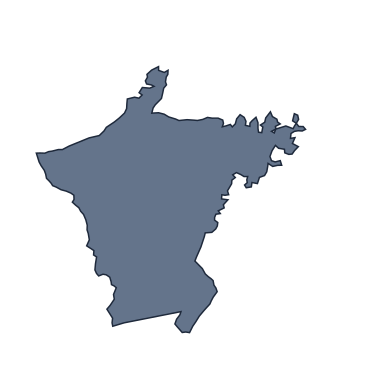 Vitorino, Paraná, Brazil (Equal Earth projection), rotated 67°
{"feature_id": "56859067B75981807507480", "entity_name": "Vitorino", "entity_type": "district", "adm_level": 2, "iso_a3": "BRA", "parent_name": "Brazil", "parent_adm1": "Paraná", "projection": "equal_earth", "projection_center": [-52.818, -26.255], "detail": "fine", "context": "isolated", "style": "filled", "palette": "slate", "viewbox_px": 384, "rotation_deg": 67, "n_neighbors": 0, "source": "geoboundaries", "source_scale": "gbopen_adm2", "svg_char_len": 2994}
<svg xmlns="http://www.w3.org/2000/svg" viewBox="0 0 384 384"><g transform="rotate(67 192 192)"><path d="M175.2,64.1L173.4,68.1L169.5,69.1L171.2,71.8L173.2,74.2L167.9,79.8L166.8,90.3L164.2,89.6L163.8,84.2L161.0,85.9L158.2,85.4L154.0,88.5L148.8,88.5L152.6,95.2L156.2,97.8L157.1,102.9L159.8,101.4L164.6,104.6L163.0,107.4L159.2,106.4L154.0,104.2L148.2,103.9L149.8,108.7L151.2,111.7L154.2,113.1L151.5,116.8L148.0,114.7L143.7,114.8L139.6,117.5L142.1,122.3L146.2,125.5L147.8,129.5L144.8,130.3L144.4,135.2L143.8,138.6L141.1,136.2L137.8,135.6L134.2,139.1L131.9,144.6L129.4,148.6L129.4,153.7L128.3,159.0L126.7,162.0L123.5,168.3L121.1,176.1L118.4,178.6L113.8,184.1L109.5,187.2L106.0,191.8L103.7,198.2L99.5,195.0L97.4,191.8L94.0,183.6L89.2,180.1L85.4,177.5L83.4,173.6L80.3,173.4L76.1,170.8L74.3,168.3L70.6,166.5L71.1,170.8L67.0,175.2L63.5,173.8L64.0,181.5L66.1,187.5L68.9,188.1L71.5,191.5L74.8,191.6L77.6,187.5L79.9,185.7L79.9,190.3L76.4,196.9L79.9,201.9L83.2,200.0L84.9,204.2L82.3,207.8L81.1,215.2L85.2,217.4L89.7,219.6L93.0,223.3L95.4,229.8L97.2,236.1L99.0,245.6L101.4,249.1L103.8,255.3L102.0,265.5L101.7,287.1L102.3,294.7L100.7,298.5L99.7,304.8L98.8,308.2L98.8,312.2L96.8,316.5L95.4,320.1L104.6,321.0L108.9,320.6L114.3,319.5L118.4,319.7L122.6,320.6L125.7,319.3L129.0,318.2L131.7,317.8L134.4,315.1L138.7,311.7L142.0,307.5L145.6,304.0L148.8,302.0L152.8,303.5L154.6,306.1L158.8,304.2L162.3,302.3L166.2,302.0L170.3,300.6L176.1,300.6L181.6,301.4L185.9,303.4L189.6,303.7L195.9,305.2L200.4,310.0L207.6,305.2L211.5,307.2L214.5,305.2L220.2,308.8L225.8,311.8L229.7,311.7L232.8,310.7L232.9,306.1L234.7,303.3L238.3,301.0L243.0,301.5L245.8,302.3L248.0,300.4L250.5,299.1L255.7,304.3L260.3,305.4L264.4,311.7L266.6,316.1L277.1,314.4L281.2,316.7L284.6,317.4L285.9,305.6L297.8,248.9L300.3,251.1L303.1,255.9L306.8,259.3L310.5,258.2L317.5,255.9L318.4,252.5L320.5,249.2L315.8,243.7L313.0,239.3L309.1,233.8L305.8,227.3L304.1,223.7L302.1,219.3L299.8,216.9L297.1,213.6L293.6,207.8L289.7,207.5L286.3,208.2L281.8,207.2L279.1,208.4L276.3,210.1L272.6,211.8L266.6,212.4L256.7,216.3L253.6,213.3L246.1,205.3L237.9,198.1L234.8,195.8L236.9,189.5L235.3,184.6L233.2,182.0L230.2,180.2L226.7,182.2L224.2,181.1L221.8,178.7L222.9,174.4L219.6,175.2L219.2,168.6L216.0,168.1L213.2,162.0L209.9,167.5L206.2,165.6L207.9,162.9L208.8,159.3L204.8,158.9L199.9,152.3L196.7,150.7L195.6,146.5L192.1,147.8L191.5,143.5L195.2,140.1L198.1,138.1L199.5,134.7L202.2,136.8L205.0,137.5L206.1,140.9L209.3,140.4L210.5,135.4L206.7,133.1L209.8,128.5L204.9,124.2L205.2,118.8L202.6,115.3L198.3,112.5L195.4,110.8L200.0,107.7L200.9,102.8L202.4,99.0L197.6,98.5L196.8,103.7L194.2,106.6L189.8,106.4L185.3,102.2L181.7,97.0L185.6,95.2L188.8,90.2L192.2,91.3L195.2,88.2L196.2,85.0L194.0,81.5L191.8,76.4L186.6,80.6L182.2,76.0L181.1,80.4L176.8,78.0L176.2,74.0L177.1,70.3L178.9,66.7L178.7,63.0L175.2,64.1ZM166.8,90.3L169.8,93.2L167.2,95.1L166.8,90.3ZM169.5,69.1L166.8,65.5L162.6,64.7L159.9,67.2L165.8,71.6L169.5,69.1Z" fill="#64748b" stroke="#1e293b" stroke-width="1.5"/></g></svg>